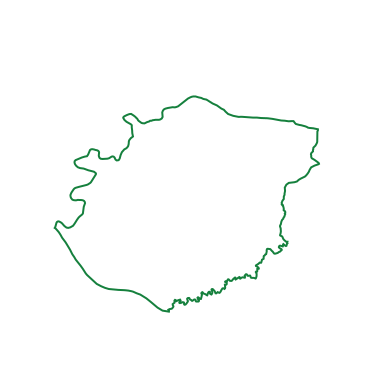 the district of Thapangthong, Savannakhét, Laos, rotated 314°
{"feature_id": "54806243B5714719739337", "entity_name": "Thapangthong", "entity_type": "district", "adm_level": 2, "iso_a3": "LAO", "parent_name": "Laos", "parent_adm1": "Savannakhét", "projection": "robinson", "projection_center": [105.786, 16.099], "detail": "fine", "context": "isolated", "style": "outline", "palette": "green", "viewbox_px": 384, "rotation_deg": 314, "n_neighbors": 0, "source": "geoboundaries", "source_scale": "gbopen_adm2", "svg_char_len": 6061}
<svg xmlns="http://www.w3.org/2000/svg" viewBox="0 0 384 384"><g transform="rotate(314 192 192)"><path d="M174.2,297.9L176.0,297.1L177.1,296.2L178.1,295.2L178.6,293.7L178.9,293.4L179.2,293.4L179.8,294.1L180.1,294.1L181.5,293.0L181.9,292.4L182.2,292.5L183.1,293.3L183.5,293.1L183.8,292.1L183.2,289.4L183.4,289.1L183.7,289.0L186.6,289.7L188.2,289.7L189.0,290.8L189.4,290.8L191.9,289.4L193.7,289.9L195.6,288.2L196.0,288.1L196.9,288.4L197.9,288.1L198.8,288.5L201.2,287.0L202.0,286.1L203.1,285.6L203.6,285.8L203.9,286.1L205.3,288.1L205.1,290.6L205.2,291.3L204.8,293.7L205.1,294.4L205.6,294.8L207.7,296.0L208.9,296.1L210.2,296.7L212.7,296.8L212.9,296.5L213.0,296.0L212.6,294.6L212.5,293.0L212.9,292.6L214.0,292.3L214.3,292.4L214.8,292.9L215.9,295.1L216.3,295.0L217.6,293.9L218.0,293.9L218.1,296.4L218.4,297.1L218.9,297.3L220.5,296.4L221.4,296.3L221.4,295.8L222.5,295.2L221.7,294.3L221.6,293.9L221.5,292.0L221.6,290.4L222.6,288.0L222.6,287.4L222.0,285.9L222.0,285.5L222.3,285.2L223.7,284.5L225.3,283.4L227.4,281.1L228.4,279.2L229.2,278.6L230.3,278.4L232.9,276.8L234.6,276.2L236.2,276.2L237.3,275.6L238.4,275.6L239.6,274.9L240.9,274.4L241.1,273.6L242.0,273.4L242.6,272.7L242.8,271.5L242.5,271.0L242.5,270.7L244.0,269.3L245.7,266.5L245.7,266.3L245.2,266.4L245.4,265.1L246.0,264.8L246.5,264.0L247.5,263.6L248.7,263.1L250.7,262.9L252.5,261.2L254.3,260.5L255.1,259.7L257.4,258.2L259.6,255.7L262.8,254.8L265.8,255.3L270.2,258.9L272.5,260.2L274.8,260.3L277.1,260.9L281.5,262.5L283.2,262.6L285.6,262.4L287.7,262.0L289.8,261.2L292.5,260.6L296.1,261.8L299.6,263.6L300.5,263.8L300.8,263.3L300.8,261.9L300.2,257.7L299.5,254.8L299.7,254.0L300.2,253.2L301.1,252.4L301.8,251.3L302.8,250.8L305.3,250.8L306.2,249.8L306.9,249.6L307.9,248.7L308.4,248.5L311.1,248.6L313.7,247.9L315.0,247.3L322.7,240.1L323.6,239.9L324.6,239.0L322.0,234.9L319.6,231.9L318.8,230.6L318.6,229.5L318.0,228.0L315.9,224.2L314.8,222.6L313.1,219.5L313.1,218.3L313.5,215.8L312.4,214.6L310.0,212.4L307.7,209.2L305.4,206.5L300.5,199.1L297.6,195.2L293.2,190.3L290.6,187.0L287.9,184.2L280.8,175.7L278.3,173.2L275.4,168.7L273.2,163.8L273.1,160.3L273.3,157.8L272.4,155.2L271.6,149.8L270.0,145.4L268.5,138.2L266.8,135.5L266.1,133.3L264.7,131.1L263.2,128.2L261.8,126.7L260.4,125.7L259.1,125.1L256.5,124.2L244.0,122.5L242.3,121.7L241.0,120.9L239.5,119.1L235.7,116.3L233.4,114.9L231.8,114.4L230.2,114.6L228.6,115.3L225.6,118.7L223.9,119.2L222.2,118.8L221.0,118.1L218.7,115.7L216.1,113.7L215.3,113.5L214.2,112.4L213.0,112.2L211.0,111.1L208.4,110.2L207.3,108.9L206.6,107.7L206.1,104.1L206.2,103.2L206.7,101.6L206.6,100.5L206.7,99.1L206.5,97.1L205.9,94.0L204.9,93.1L203.9,92.5L201.9,91.6L199.3,90.7L198.0,90.7L197.6,91.0L197.4,91.5L196.9,93.4L197.0,96.1L198.2,100.7L198.3,101.4L198.2,102.3L196.7,103.7L194.7,106.2L192.9,108.1L190.9,111.0L188.2,110.6L186.0,110.8L184.7,111.3L182.4,113.2L180.6,114.2L179.2,114.4L177.9,114.4L175.6,113.7L171.9,113.9L169.0,115.0L165.9,116.7L164.3,117.1L163.6,116.9L162.4,115.9L162.3,115.3L162.2,114.6L162.6,113.2L163.0,112.5L163.0,111.1L162.5,110.2L161.6,109.6L158.7,108.9L157.2,108.0L153.5,104.6L152.5,103.2L152.3,101.9L152.9,100.4L153.5,99.6L155.9,97.7L156.2,97.3L156.5,96.1L156.1,94.8L155.1,93.2L154.6,92.1L153.7,90.7L152.7,89.8L151.3,89.5L146.7,91.3L144.8,91.6L143.0,90.3L140.3,88.8L134.0,86.1L132.6,86.2L131.5,87.1L130.8,88.4L130.4,90.3L130.5,92.7L131.4,94.8L133.6,97.8L135.6,102.3L138.5,107.4L138.7,109.7L138.4,110.3L137.9,110.6L128.9,112.5L127.9,112.5L125.2,111.9L123.9,111.3L117.3,107.2L114.4,105.5L113.1,105.0L111.7,105.0L107.8,105.7L105.7,106.5L105.2,106.8L104.1,108.2L103.6,109.4L103.4,111.3L104.0,112.6L105.0,113.9L105.9,114.7L106.8,115.2L109.2,117.8L110.2,119.2L110.6,120.5L110.4,121.7L109.7,122.8L106.2,124.4L100.8,128.4L99.7,128.6L96.2,128.2L94.7,128.2L92.1,128.6L87.9,129.5L85.1,129.9L82.0,129.0L80.2,127.9L79.3,126.6L79.1,125.8L78.9,123.7L79.2,120.2L79.0,118.6L78.5,117.0L78.1,116.3L77.5,115.9L76.6,115.7L75.7,115.9L72.0,117.9L70.8,118.2L71.0,119.3L70.6,124.0L69.9,127.1L68.9,130.3L68.0,135.9L67.5,137.9L65.8,144.3L64.1,149.1L63.4,152.5L62.6,155.3L61.6,163.0L60.9,166.8L59.6,172.2L59.4,174.2L59.7,187.3L61.1,192.1L62.6,196.0L64.4,199.5L70.4,207.0L74.7,211.9L76.8,214.6L78.6,217.4L79.4,218.9L80.7,222.5L82.3,226.1L83.8,233.1L84.3,238.7L84.9,247.5L86.2,253.2L89.9,258.5L90.6,258.0L90.9,256.8L92.2,257.2L93.8,258.4L94.5,258.6L96.5,258.3L96.9,258.0L97.3,256.7L97.9,256.0L100.3,256.3L101.7,254.8L102.6,254.7L102.9,255.2L102.5,256.0L102.5,256.5L104.7,257.3L106.3,258.2L106.0,259.2L105.7,259.4L105.3,259.5L104.1,259.4L103.7,259.6L103.5,260.0L103.7,260.5L105.1,261.4L106.0,261.6L106.7,262.4L106.9,263.0L105.7,264.4L105.7,264.9L106.0,265.2L106.6,265.5L107.8,265.5L110.3,265.1L110.8,264.7L111.3,263.4L111.8,262.7L112.6,262.6L113.1,262.9L113.7,263.4L113.8,263.8L113.3,265.2L113.7,266.3L113.7,267.6L114.0,267.9L116.0,268.2L116.5,268.5L116.9,269.3L116.1,270.6L116.1,271.1L117.7,272.7L118.1,272.8L118.8,272.4L119.1,270.7L119.8,269.4L120.3,269.4L120.6,269.7L120.8,272.2L121.3,272.7L123.2,271.7L124.3,270.9L124.9,270.7L125.7,269.0L126.9,268.9L127.2,269.1L127.2,269.5L127.0,270.8L127.8,272.6L128.0,274.1L128.2,274.7L128.8,274.6L129.6,274.0L131.1,273.5L131.9,273.5L132.6,274.1L132.5,274.5L131.8,274.9L131.4,275.5L131.5,276.5L131.8,277.2L132.5,277.1L133.7,276.6L134.7,275.2L135.4,273.8L135.8,273.7L136.3,274.0L136.6,274.7L136.4,277.2L135.5,279.3L136.0,279.9L137.8,280.0L138.4,281.7L138.8,281.9L140.2,281.8L142.0,281.2L143.8,280.9L144.5,281.4L144.8,282.7L145.6,282.7L146.2,282.4L148.1,280.1L149.1,281.0L149.5,281.0L149.9,280.9L151.3,279.6L151.3,279.2L150.3,278.6L150.6,278.1L151.2,278.2L152.5,279.1L153.7,278.6L154.2,278.6L154.6,279.0L154.6,279.3L154.5,281.1L155.4,282.1L155.8,282.3L158.5,282.1L160.4,282.4L160.5,282.7L160.4,283.1L159.4,283.8L159.4,284.2L163.7,285.1L163.8,285.4L163.0,286.4L163.1,286.7L163.3,287.0L164.6,287.1L165.7,287.6L167.0,289.5L167.8,289.2L168.1,288.3L168.4,288.0L170.2,287.9L170.5,288.1L170.8,288.9L170.4,290.0L170.6,290.6L171.8,291.4L172.2,291.8L172.0,292.6L171.4,293.6L171.4,294.2L173.3,296.3L173.9,297.8L174.2,297.9Z" fill="none" stroke="#15803d" stroke-width="2"/></g></svg>